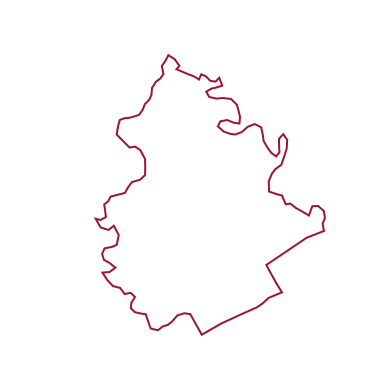 the district of Pinhalzinho, Santa Catarina, Brazil, rotated 337°
{"feature_id": "56859067B38022079908277", "entity_name": "Pinhalzinho", "entity_type": "district", "adm_level": 2, "iso_a3": "BRA", "parent_name": "Brazil", "parent_adm1": "Santa Catarina", "projection": "equal_earth", "projection_center": [-52.972, -26.82], "detail": "fine", "context": "isolated", "style": "outline", "palette": "rose", "viewbox_px": 384, "rotation_deg": 337, "n_neighbors": 0, "source": "geoboundaries", "source_scale": "gbopen_adm2", "svg_char_len": 1906}
<svg xmlns="http://www.w3.org/2000/svg" viewBox="0 0 384 384"><g transform="rotate(337 192 192)"><path d="M278.0,241.1L273.4,239.9L273.5,230.4L269.5,227.4L263.1,221.7L266.8,212.2L272.9,206.2L277.7,203.5L284.8,201.9L291.1,194.9L296.2,188.9L300.0,181.2L298.6,174.4L292.9,177.0L290.6,182.4L288.0,189.6L283.3,192.1L280.3,186.8L278.9,181.2L277.9,173.0L279.5,167.0L281.0,159.4L276.3,154.0L269.0,153.7L261.0,156.3L254.2,155.9L249.8,153.4L244.6,148.5L241.5,141.7L245.7,138.0L252.5,139.5L257.7,144.7L262.4,147.5L265.5,141.8L266.5,136.1L267.4,129.2L264.3,121.6L256.7,117.3L251.3,115.7L245.0,111.3L244.3,105.3L250.0,104.4L255.1,105.3L261.4,105.9L261.7,97.5L256.8,99.6L252.3,96.9L250.0,90.9L246.5,87.3L242.4,91.2L239.1,86.5L235.4,82.9L230.4,77.9L225.7,72.9L229.7,71.0L227.9,62.9L223.7,56.8L218.6,61.0L213.5,64.2L211.8,72.2L207.4,75.1L201.9,76.4L195.9,80.5L192.6,86.8L188.8,90.3L182.9,92.7L178.7,97.1L173.5,100.3L168.6,99.9L163.8,99.3L158.5,97.7L153.6,97.5L149.5,102.8L145.1,109.7L151.9,126.7L157.3,127.9L160.8,133.3L161.7,143.3L158.4,151.5L155.4,158.1L148.9,160.4L140.6,159.4L134.8,162.8L130.0,166.6L125.3,166.0L119.9,165.1L115.3,164.4L111.2,167.8L106.3,169.2L104.8,175.1L103.0,181.4L96.9,182.0L92.9,179.0L94.0,188.9L100.3,194.3L106.9,192.5L107.7,203.1L102.1,211.2L96.9,211.3L89.6,209.7L85.1,213.8L84.4,220.0L88.6,225.4L91.9,231.8L84.7,233.4L78.1,231.2L79.5,239.5L82.5,247.8L88.4,252.2L90.1,259.5L96.1,260.9L98.5,266.3L92.8,270.4L90.3,275.1L92.4,280.2L96.4,283.2L101.6,286.4L101.1,293.6L100.6,301.5L106.5,305.9L112.9,304.3L117.4,304.9L123.3,303.4L130.2,299.9L137.5,300.6L142.7,303.7L145.2,327.2L167.2,324.5L188.8,323.8L206.9,323.5L213.3,322.2L221.3,319.4L235.6,319.5L233.9,308.5L231.9,288.2L247.3,285.2L260.6,282.6L269.0,281.0L279.6,278.9L298.3,279.4L299.8,272.3L304.3,267.8L305.9,260.9L302.6,254.1L297.2,252.1L290.4,259.3L285.0,251.9L281.5,247.5L278.0,241.1Z" fill="none" stroke="#9f1239" stroke-width="2"/></g></svg>